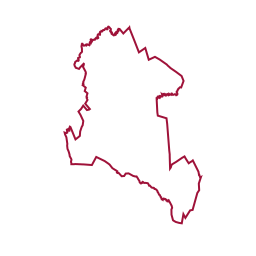 outline of Ķoņu pag., Nauksenu, Latvia, rotated 80°
{"feature_id": "27541924B96049400347386", "entity_name": "Ķoņu pag.", "entity_type": "district", "adm_level": 2, "iso_a3": "LVA", "parent_name": "Latvia", "parent_adm1": "Nauksenu", "projection": "equal_earth", "projection_center": [25.349, 57.938], "detail": "fine", "context": "isolated", "style": "outline", "palette": "rose", "viewbox_px": 256, "rotation_deg": 80, "n_neighbors": 0, "source": "geoboundaries", "source_scale": "gbopen_adm2", "svg_char_len": 5592}
<svg xmlns="http://www.w3.org/2000/svg" viewBox="0 0 256 256"><g transform="rotate(80 128 128)"><path d="M72.3,78.7L66.1,84.9L62.6,89.1L64.4,95.7L52.2,97.1L55.4,104.1L42.3,106.7L30.3,109.2L29.3,109.2L30.1,110.0L29.8,110.2L31.0,111.9L34.1,116.2L29.0,119.1L29.0,119.4L29.2,119.6L28.9,119.8L28.7,120.2L29.1,120.5L29.8,120.6L30.4,120.5L31.1,120.7L31.4,121.3L31.0,121.5L31.8,121.8L31.5,122.0L31.1,122.0L31.4,122.4L31.3,122.5L31.3,122.9L32.0,123.2L31.9,123.3L32.0,123.4L32.7,123.2L32.7,123.6L32.9,123.8L33.5,123.9L33.8,123.7L34.0,123.8L34.1,124.0L33.6,124.3L33.4,124.3L33.4,124.6L33.2,124.7L33.7,125.0L33.7,125.4L34.3,125.7L34.3,126.0L33.8,126.3L33.4,126.9L32.2,127.1L32.4,127.5L32.4,127.8L32.1,127.9L31.3,127.5L30.7,127.5L30.3,127.9L30.3,128.4L29.5,128.8L29.3,128.8L28.9,128.0L27.5,127.7L26.8,128.3L26.0,128.6L24.9,129.4L24.8,129.5L24.8,129.9L25.4,130.4L25.8,130.9L26.1,131.0L26.7,130.8L27.0,130.9L27.2,131.2L27.2,131.5L26.2,132.2L26.0,132.6L26.1,133.0L26.9,133.7L27.4,134.3L27.4,135.0L27.2,135.1L27.2,135.3L27.4,135.5L27.4,135.8L28.3,136.5L27.8,137.4L28.5,137.8L28.6,138.3L28.5,138.8L29.0,139.1L29.5,138.9L29.8,139.0L30.0,139.1L30.2,139.4L29.9,139.6L30.2,139.8L30.3,139.8L30.7,139.4L31.1,139.3L31.3,139.4L30.8,140.8L30.5,140.9L30.5,141.1L30.9,141.6L33.1,142.4L33.2,142.2L33.4,142.1L33.0,141.8L33.7,141.6L34.2,141.7L34.6,142.9L34.3,143.8L34.3,144.4L34.1,144.4L34.3,144.7L35.2,145.2L35.0,145.8L35.3,146.2L35.2,146.5L35.1,147.1L35.6,147.7L35.5,147.8L34.5,148.6L34.2,149.0L34.4,149.4L34.7,149.5L35.7,149.2L36.4,148.6L36.7,148.6L37.0,149.0L37.0,149.4L37.9,149.8L37.7,150.0L36.8,150.1L36.7,150.4L37.0,150.7L37.8,151.0L38.6,151.0L39.1,151.2L39.3,151.3L39.2,151.6L39.7,151.8L38.5,153.7L38.6,154.0L39.3,154.4L39.3,154.6L39.1,154.7L39.4,154.9L39.3,155.0L38.8,155.3L39.2,156.0L39.1,156.6L39.2,156.8L39.0,157.0L38.9,157.2L39.1,157.5L38.8,158.0L38.4,158.0L38.5,158.5L37.1,158.3L37.0,158.6L37.3,158.9L38.3,159.1L39.0,159.5L39.8,159.7L40.8,159.6L42.1,159.6L43.5,159.9L44.7,160.0L45.1,160.2L45.5,160.6L45.8,161.4L47.5,163.0L48.2,163.2L49.4,163.0L50.0,163.1L50.2,163.4L50.3,164.9L50.5,165.1L51.6,165.0L52.4,164.7L53.0,164.9L53.2,165.2L53.3,165.5L52.7,166.3L52.7,166.5L53.5,167.9L53.7,168.4L54.1,168.7L55.0,169.0L55.8,169.7L56.1,169.8L57.6,169.7L58.4,169.4L58.9,169.1L59.6,169.0L61.3,166.0L59.8,164.4L57.0,160.5L57.3,160.3L58.9,161.0L59.9,161.7L65.1,160.0L66.1,159.9L67.1,160.3L67.3,160.1L72.5,162.5L74.9,164.1L75.3,164.0L76.4,164.7L77.1,164.2L77.9,165.2L80.9,162.6L84.1,164.2L86.8,161.9L90.1,163.5L90.7,163.0L91.4,163.5L93.3,163.0L96.6,165.9L102.7,162.3L103.1,163.1L103.2,165.3L98.2,168.2L101.1,170.9L103.2,173.9L106.9,172.5L113.3,170.8L117.5,172.2L118.6,173.2L119.6,173.8L123.1,175.7L127.4,176.8L128.2,178.1L130.1,181.7L117.1,184.5L116.6,185.0L117.5,185.6L118.3,185.9L120.5,186.2L120.5,186.5L118.6,186.8L119.0,188.5L122.0,188.6L122.3,189.4L121.9,190.5L121.5,191.2L123.4,191.1L126.4,190.3L133.1,190.5L134.8,191.0L138.1,191.2L140.0,190.7L141.8,190.4L144.2,190.2L145.6,190.3L146.2,190.1L148.6,189.3L149.3,189.2L149.8,189.3L150.3,189.6L151.4,190.0L153.5,189.9L153.8,190.0L154.3,187.3L154.3,186.4L156.3,177.4L158.2,170.0L151.0,164.3L156.5,156.7L159.6,153.6L160.8,152.5L164.9,150.3L168.7,146.1L169.9,146.7L170.5,146.2L170.5,145.1L174.4,142.6L174.6,140.1L172.5,138.2L172.6,137.2L172.8,135.3L176.2,131.1L176.7,129.8L176.9,129.6L177.1,128.7L177.5,128.1L177.4,127.9L179.2,127.1L180.5,126.7L182.2,125.9L183.2,126.0L184.7,125.2L184.7,124.9L184.8,124.5L184.2,123.9L184.4,123.4L183.7,123.0L183.6,122.9L183.8,122.6L184.9,121.7L185.1,120.2L185.8,118.1L186.3,117.8L188.5,117.2L188.5,116.5L190.7,115.1L191.2,114.0L191.2,113.5L191.5,112.9L192.6,112.5L192.7,111.9L193.7,110.7L194.6,110.3L195.1,110.0L195.8,110.0L196.3,109.9L196.6,109.6L199.2,108.9L199.7,108.2L201.5,107.9L201.7,107.6L201.9,107.4L202.4,107.5L202.8,107.4L203.0,107.3L204.0,107.2L204.0,106.9L204.8,106.2L203.8,105.7L203.7,105.5L203.7,105.4L204.0,105.3L204.1,105.1L203.9,104.8L204.4,104.4L204.6,104.0L204.5,103.6L204.9,103.4L205.1,102.9L205.9,102.8L205.9,102.6L206.3,102.4L206.2,102.1L206.5,101.9L207.1,101.9L207.2,101.6L206.5,101.4L206.4,101.0L206.2,100.8L206.5,100.6L206.5,100.4L206.9,100.4L207.5,100.0L212.2,98.5L214.3,98.4L215.8,99.4L220.9,100.2L226.6,99.7L226.9,99.5L228.8,97.3L230.3,94.2L231.2,91.6L222.5,88.4L226.5,87.1L219.9,81.1L219.9,78.6L204.0,71.0L201.6,68.7L195.0,67.9L189.2,64.8L189.5,65.5L186.6,65.9L186.6,66.2L183.3,66.2L171.2,69.8L171.7,70.6L172.6,72.9L173.3,74.3L172.2,74.8L167.6,76.7L166.8,76.9L165.8,77.3L166.5,79.1L166.5,79.3L169.7,86.4L171.6,91.3L172.1,91.5L172.8,92.0L174.3,92.7L175.2,93.6L163.5,91.9L161.1,91.5L157.5,91.3L130.8,88.7L125.1,88.4L121.0,96.5L117.7,96.4L104.0,94.7L104.2,94.3L103.3,94.1L103.4,93.8L103.3,93.0L103.1,93.0L102.6,93.2L102.2,93.1L102.2,92.9L102.4,92.7L103.5,92.4L103.7,92.2L103.1,91.7L102.3,91.6L102.0,91.4L102.2,91.1L103.0,90.9L102.3,90.4L102.8,89.9L102.7,89.6L103.0,88.9L102.9,88.6L102.4,88.5L101.0,88.6L101.4,88.3L101.4,88.1L100.5,87.4L100.6,87.2L101.2,87.2L101.3,87.1L101.1,86.7L101.3,86.5L101.8,86.4L101.7,86.2L101.2,85.8L101.8,85.5L101.4,85.3L101.4,85.1L102.2,84.7L101.7,84.3L101.4,83.4L101.7,83.2L102.5,82.9L102.8,82.6L102.6,82.2L102.7,81.8L102.5,81.6L101.7,81.8L101.5,81.7L102.4,80.9L102.6,80.2L102.4,79.8L101.6,79.2L101.6,78.9L101.9,78.7L103.0,78.7L102.9,78.0L103.2,77.4L102.8,75.9L102.9,75.6L103.2,75.2L104.1,74.9L104.1,74.6L103.7,74.4L103.8,74.0L103.6,73.6L103.0,73.4L102.3,73.4L101.0,73.9L100.4,73.6L99.9,72.7L98.8,72.3L98.6,71.8L98.1,71.6L97.8,71.2L97.8,70.9L96.9,69.7L97.3,68.6L91.3,65.1L86.1,66.2L81.0,71.0L76.3,75.8L76.2,75.8L73.2,78.2L72.3,78.7Z" fill="none" stroke="#9f1239" stroke-width="2"/></g></svg>